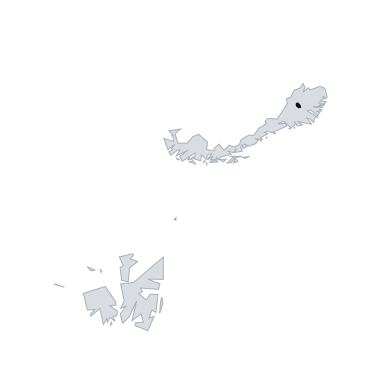 Gausdal nor, Oppland, Norway (highlighted), rotated 213°
{"feature_id": "86288312B33934459205841", "entity_name": "Gausdal nor", "entity_type": "district", "adm_level": 2, "iso_a3": "NOR", "parent_name": "Norway", "parent_adm1": "Oppland", "projection": "mercator", "projection_center": [10.036, 61.264], "detail": "fine", "context": "in_parent", "style": "filled", "palette": "ink", "viewbox_px": 384, "rotation_deg": 213, "n_neighbors": 0, "source": "geoboundaries", "source_scale": "gbopen_adm2", "svg_char_len": 4495}
<svg xmlns="http://www.w3.org/2000/svg" viewBox="0 0 384 384"><g transform="rotate(213 192 192)"><path d="M202.7,235.5L196.1,238.7L197.1,240.9L195.4,246.9L187.9,244.5L186.2,251.7L181.1,252.5L178.1,258.1L179.3,262.4L175.2,270.9L171.0,272.9L170.7,281.9L167.0,289.6L168.9,290.8L168.8,294.6L160.3,299.7L160.2,318.1L163.5,321.6L160.9,324.9L161.7,333.1L158.1,337.7L157.9,343.6L154.3,341.3L153.2,336.2L151.3,342.8L148.5,341.9L142.3,350.3L137.0,351.3L130.3,345.3L130.8,342.8L133.0,344.0L134.2,342.9L132.0,342.1L134.3,338.0L128.6,340.9L129.4,337.2L133.5,335.7L131.3,335.3L133.2,331.9L137.0,329.4L133.2,330.9L128.7,337.3L128.9,333.3L131.1,332.9L128.6,330.0L130.9,327.8L128.5,328.3L128.1,324.5L137.2,325.3L139.7,322.9L128.5,323.2L129.5,320.4L127.7,316.6L132.6,317.5L135.8,316.7L128.7,313.9L142.0,308.4L135.8,308.5L139.6,304.7L144.3,307.2L142.2,304.1L144.1,299.7L153.9,301.1L157.1,295.6L150.8,300.6L148.6,298.6L157.2,285.4L161.8,284.1L163.6,281.5L160.1,282.2L164.2,274.8L163.1,273.2L168.7,271.0L164.6,271.7L165.0,267.1L169.0,261.6L174.9,260.7L170.5,259.9L172.9,256.3L175.7,259.0L176.1,257.0L172.1,253.5L177.6,248.5L178.9,252.7L178.4,247.4L184.5,246.1L179.8,244.8L187.0,237.0L187.7,233.0L190.4,235.0L189.3,232.7L194.1,228.7L193.9,233.6L197.0,226.8L196.0,234.7L198.9,232.4L198.3,227.2L204.4,228.3L201.6,223.0L207.6,221.1L210.6,226.3L217.0,212.5L221.6,215.2L218.2,224.7L224.8,213.8L225.2,220.7L227.0,219.3L229.7,211.4L233.3,213.0L231.1,217.0L232.8,217.2L232.4,222.8L235.3,214.5L244.9,221.6L235.1,224.2L239.2,229.5L244.7,230.7L235.9,238.7L237.6,233.0L236.7,230.4L230.4,225.3L222.9,230.1L221.4,239.1L217.8,244.0L206.4,242.5L202.7,235.5ZM178.6,44.1L185.8,50.5L185.0,60.8L188.3,55.4L189.6,63.8L201.8,76.1L191.7,84.3L180.7,121.8L168.5,103.1L181.6,94.9L168.9,97.6L167.1,92.1L182.8,83.5L179.6,81.5L181.1,77.9L171.6,76.6L171.4,83.5L164.7,87.5L156.7,71.3L161.3,71.2L159.4,63.1L156.0,67.0L153.6,51.6L167.1,48.9L168.2,51.5L162.0,56.3L168.3,61.9L172.3,51.4L179.1,70.6L176.7,52.8L178.6,44.1ZM194.3,32.7L205.8,44.1L209.1,32.8L210.5,34.1L209.6,40.5L215.4,36.0L227.9,47.8L213.3,65.5L196.1,58.3L194.1,55.8L199.1,51.8L189.8,51.5L187.7,47.2L190.4,44.4L186.2,41.6L192.6,42.3L191.8,36.6L194.4,39.4L194.3,32.7ZM202.8,79.5L211.1,89.4L209.6,92.9L217.6,97.9L208.1,107.9L206.5,107.1L207.6,102.2L199.7,104.1L203.0,94.3L196.6,82.1L202.8,79.5ZM176.5,244.4L180.0,242.5L169.7,249.0L174.9,243.8L175.2,238.4L178.1,235.5L176.5,244.4ZM182.0,234.4L186.9,234.0L181.2,238.1L182.0,234.4ZM186.8,231.3L193.8,225.9L190.1,231.6L186.8,231.3ZM153.0,72.4L158.7,83.1L160.1,87.6L155.6,82.5L153.0,72.4ZM173.2,239.0L174.0,243.8L170.2,242.6L173.2,239.0ZM211.0,215.2L208.3,218.9L204.5,217.3L208.9,216.6L211.0,215.2ZM211.5,217.9L210.3,222.2L208.7,221.0L211.5,217.9ZM165.4,249.3L169.1,248.3L165.1,251.3L165.4,249.3ZM256.6,40.2L247.2,42.6L256.9,39.7L256.6,40.2ZM233.8,70.9L239.2,72.3L231.0,73.6L233.8,70.9ZM219.5,212.2L222.3,211.2L223.2,212.1L219.5,212.2ZM213.3,216.8L212.8,219.1L212.0,217.1L213.3,216.8ZM198.5,223.1L198.4,225.4L197.4,224.5L198.5,223.1ZM191.9,159.0L191.5,161.8L190.1,159.6L191.9,159.0ZM227.1,77.1L224.6,76.6L224.4,75.1L227.1,77.1ZM155.1,285.4L155.8,286.9L153.9,286.5L155.1,285.4ZM193.7,222.6L195.1,223.4L195.9,224.8L193.7,222.6ZM187.8,35.9L188.9,38.9L187.3,37.8L187.8,35.9ZM145.1,298.7L142.8,298.8L145.2,298.0L145.1,298.7ZM141.9,301.0L141.0,302.2L140.6,301.6L141.9,301.0ZM164.5,251.8L163.2,253.4L164.6,250.7L164.5,251.8ZM128.2,330.5L128.0,332.3L127.8,330.0L128.2,330.5ZM162.1,273.5L161.6,272.3L162.3,272.3L162.1,273.5ZM239.8,227.4L239.5,229.2L239.4,228.8L239.8,227.4ZM162.8,274.7L161.5,275.0L163.0,274.4L162.8,274.7ZM159.0,277.5L159.1,278.8L158.5,278.4L159.0,277.5ZM127.6,323.0L127.1,324.1L127.2,323.2L127.6,323.0Z" fill="#d9dde1" stroke="#a8b0b8" stroke-width="1"/><path d="M150.2,321.3L150.2,321.2L149.9,321.0L149.7,321.0L149.4,321.1L149.2,321.2L148.7,321.0L148.4,321.0L148.2,321.5L148.0,321.8L147.7,322.0L147.4,322.2L147.5,322.3L148.1,322.7L148.4,322.9L148.5,323.1L148.9,323.4L149.2,323.4L149.6,323.6L149.8,323.5L149.8,323.4L149.7,323.4L150.3,323.5L150.4,323.8L150.5,323.8L150.8,323.7L151.1,323.8L151.4,323.9L151.5,323.8L151.4,323.8L151.5,323.8L151.5,323.7L151.5,323.4L151.4,323.4L151.5,323.3L151.4,323.3L151.4,323.2L151.5,323.1L151.8,323.1L151.9,322.9L152.0,323.0L152.0,322.9L152.1,322.7L151.9,322.5L151.9,322.4L151.7,322.4L151.5,322.2L151.4,322.0L151.5,322.0L151.4,322.0L151.5,322.0L151.4,321.9L151.5,321.8L151.4,321.7L151.3,321.4L151.1,321.3L150.8,321.2L150.4,321.4L150.2,321.3Z" fill="#0f172a" stroke="#020617" stroke-width="1.5"/></g></svg>